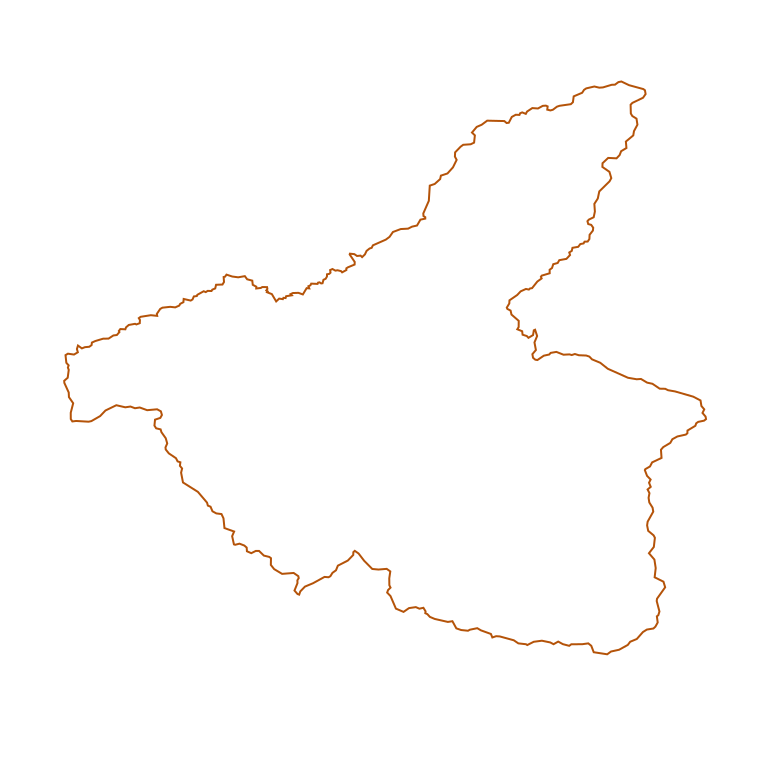 the district of Sipí, Chocó, Colombia, rotated 86°
{"feature_id": "7082276B50547805834837", "entity_name": "Sipí", "entity_type": "district", "adm_level": 2, "iso_a3": "COL", "parent_name": "Colombia", "parent_adm1": "Chocó", "projection": "equal_earth", "projection_center": [-76.598, 4.565], "detail": "fine", "context": "isolated", "style": "outline", "palette": "amber", "viewbox_px": 768, "rotation_deg": 86, "n_neighbors": 0, "source": "geoboundaries", "source_scale": "gbopen_adm2", "svg_char_len": 6147}
<svg xmlns="http://www.w3.org/2000/svg" viewBox="0 0 768 768"><g transform="rotate(86 384 384)"><path d="M588.2,483.3L585.1,482.0L580.6,477.0L577.8,468.7L572.3,456.8L572.9,452.8L572.0,450.9L568.8,448.6L566.5,444.9L562.0,442.7L557.6,432.4L552.4,426.6L549.6,426.3L548.4,424.8L551.3,421.2L559.0,416.1L567.7,408.6L568.7,402.5L568.6,394.2L571.4,390.8L578.2,392.3L585.1,392.7L587.6,391.7L589.8,394.3L592.3,395.4L596.0,392.3L608.9,387.8L612.7,380.4L609.3,374.7L608.8,367.8L610.6,364.4L610.0,360.3L613.7,358.4L615.5,358.8L616.6,356.8L619.5,354.5L621.9,349.8L625.8,336.9L625.4,332.3L632.8,328.9L634.8,324.2L636.0,317.4L635.1,315.5L634.1,308.0L636.5,304.5L640.8,294.8L644.4,293.6L643.4,289.7L643.9,286.1L648.7,272.4L652.1,268.1L653.5,260.5L654.4,259.3L651.6,252.6L651.1,244.4L653.4,236.2L655.4,233.0L653.1,228.2L656.0,223.7L658.1,217.5L656.7,215.3L657.4,204.4L657.0,198.3L659.6,195.5L666.2,193.5L669.2,180.2L666.7,176.2L665.5,168.0L661.3,159.0L658.3,156.4L656.0,149.6L649.5,143.0L647.3,138.9L646.7,132.3L645.0,130.2L641.0,127.6L634.8,128.0L633.8,126.5L630.2,125.1L619.5,127.1L617.2,126.6L606.4,117.7L600.7,119.0L595.7,127.5L586.6,125.8L578.0,126.5L571.3,131.5L565.4,126.2L556.3,124.5L553.8,125.6L548.9,130.7L543.4,131.4L539.7,130.6L530.1,124.3L526.1,124.7L520.7,127.6L516.0,128.0L511.4,126.8L507.6,128.4L505.2,125.1L501.0,126.5L497.9,124.7L494.0,128.0L488.1,129.8L487.2,129.3L484.8,124.4L480.9,122.0L477.1,112.3L468.9,112.3L466.4,109.8L462.7,102.5L459.2,100.2L456.8,95.0L455.5,86.4L454.3,84.8L451.6,84.5L447.4,76.3L445.0,75.3L443.7,73.2L442.9,67.3L441.5,65.2L438.9,65.5L435.1,68.3L431.6,66.3L428.1,68.9L422.5,69.4L418.2,76.4L411.7,94.2L410.0,101.1L408.4,103.8L407.9,109.3L402.5,116.2L401.0,121.4L396.9,127.3L396.9,131.6L394.8,140.2L384.4,159.7L377.9,166.8L373.9,174.8L371.0,177.2L369.7,180.3L368.9,187.6L367.4,191.5L368.2,194.7L367.4,196.9L367.3,202.9L364.0,209.8L364.6,215.6L366.1,217.1L366.9,222.6L370.8,229.3L370.3,231.4L368.2,233.5L364.6,233.9L360.7,230.1L353.0,231.0L346.8,227.9L340.4,229.5L340.9,230.8L345.6,231.9L348.0,236.7L346.1,238.2L344.5,242.3L341.0,242.5L338.7,247.2L336.6,245.7L330.4,245.2L323.6,252.0L319.6,252.6L317.7,255.7L316.4,256.2L312.4,253.4L309.3,253.0L304.5,244.9L301.1,241.2L299.1,235.8L299.9,232.9L298.9,231.7L298.7,229.6L292.5,223.9L289.7,219.4L288.0,220.0L286.9,219.1L285.1,211.0L281.6,210.8L280.0,208.3L276.3,206.8L275.4,202.3L272.7,200.5L271.9,193.3L268.3,189.4L265.7,190.0L264.3,187.4L261.3,186.5L260.7,180.7L258.1,178.4L257.7,175.1L256.0,174.0L256.1,170.9L253.7,169.0L249.5,168.5L245.5,164.9L242.7,164.4L239.7,166.2L238.7,169.1L235.8,169.7L234.3,168.2L232.3,163.2L226.7,161.6L219.0,161.6L213.9,157.8L206.9,155.8L197.6,144.9L194.5,142.9L188.1,144.3L182.7,151.0L179.0,150.6L174.1,144.6L175.1,136.3L172.1,133.0L168.3,131.2L165.5,125.7L159.0,125.8L153.4,118.0L149.2,117.0L143.0,113.1L136.9,113.6L134.0,117.6L131.4,118.9L122.6,118.5L120.9,116.6L116.5,105.6L113.0,102.8L109.2,103.2L107.9,104.7L103.0,118.7L98.8,126.1L99.2,129.1L101.5,132.7L101.4,136.0L103.4,144.9L103.4,148.6L101.9,153.4L103.2,161.6L104.5,163.9L107.3,166.0L110.3,174.7L116.1,175.9L117.9,178.1L118.7,189.4L119.4,192.1L122.2,196.4L122.7,198.9L121.7,202.0L118.5,201.4L117.6,203.1L117.6,206.2L119.9,211.2L119.1,216.8L122.2,222.3L124.4,223.7L122.7,227.2L123.4,229.3L125.0,230.1L124.6,233.8L126.5,237.9L132.1,241.3L132.2,243.5L130.1,245.6L128.5,262.7L132.2,268.5L134.0,273.6L139.3,278.7L142.3,276.0L149.5,277.3L150.9,280.8L150.9,288.3L152.6,291.0L157.9,296.9L162.1,297.4L165.5,295.9L172.7,300.1L178.4,306.0L180.1,312.7L183.5,313.7L188.0,319.5L189.3,324.5L204.4,326.5L216.6,332.9L219.2,332.9L220.5,331.2L221.9,331.3L222.6,336.2L228.2,340.0L229.0,345.1L230.7,349.1L230.6,356.5L233.0,364.5L237.6,368.2L240.1,372.1L244.9,385.4L247.3,386.8L247.8,388.9L250.0,392.1L253.4,394.0L255.9,397.0L254.3,398.4L254.4,402.0L252.4,404.5L251.6,408.9L252.4,409.2L260.2,404.7L262.8,405.0L265.1,411.9L266.0,413.5L267.7,413.6L269.7,418.0L268.4,419.0L267.3,422.4L267.5,424.6L265.7,427.4L266.6,429.8L269.2,429.6L270.3,430.9L270.6,433.2L272.8,433.4L275.0,434.9L275.8,437.1L279.2,438.3L279.3,439.7L278.1,441.2L278.3,442.7L279.5,443.3L278.8,449.6L280.4,450.5L281.2,452.6L283.4,451.9L283.0,454.5L289.0,458.7L287.1,463.0L286.9,468.6L287.8,470.9L289.1,469.8L289.6,475.5L291.4,476.2L291.0,478.3L292.3,479.0L291.5,482.6L294.1,485.8L286.5,489.6L284.3,494.3L283.5,493.6L282.5,494.9L281.0,493.7L279.2,493.9L278.8,498.7L279.6,500.2L279.8,504.8L278.0,504.6L275.9,508.0L271.7,508.2L270.0,513.2L266.7,515.3L267.4,522.0L266.2,527.9L263.9,533.5L265.8,535.0L266.1,536.5L271.1,536.5L273.5,538.2L273.3,544.6L276.9,545.7L277.9,548.7L279.2,549.6L278.8,553.4L279.9,555.4L278.9,557.4L282.0,564.0L283.2,564.6L283.4,567.6L286.3,569.1L287.3,571.0L285.2,577.9L288.4,578.4L289.8,581.7L291.5,582.8L293.0,586.9L292.1,591.9L292.4,599.7L293.5,602.0L298.2,605.7L300.2,605.5L299.1,611.8L300.0,622.1L301.2,624.0L303.1,623.0L306.3,623.4L307.3,626.9L306.6,628.1L307.3,634.5L309.5,637.4L311.4,638.2L310.8,643.2L312.6,644.8L313.7,644.3L316.5,647.1L316.7,650.6L319.5,655.6L319.2,661.0L321.0,669.0L322.3,672.5L324.8,673.0L326.3,675.4L326.4,679.8L327.4,682.9L324.3,686.6L327.7,687.9L331.0,687.2L333.0,691.2L331.7,697.2L333.0,699.7L340.7,699.4L343.4,697.3L345.6,698.2L347.9,697.5L355.7,699.1L358.5,702.8L360.6,702.8L370.5,699.1L375.1,699.2L381.5,695.4L390.8,698.5L397.1,698.9L399.6,697.5L399.4,693.7L401.0,681.3L400.6,678.5L396.2,669.4L391.0,663.7L386.5,652.5L389.2,643.7L388.8,638.5L390.8,634.1L390.4,629.3L393.6,622.1L393.4,612.1L395.7,608.5L399.4,607.7L402.2,609.5L403.6,614.9L409.5,615.9L412.3,614.4L413.7,610.0L416.5,609.4L422.9,605.5L428.2,604.4L432.0,606.4L434.1,606.3L438.2,603.5L443.5,596.7L446.8,595.3L447.9,592.6L451.4,593.3L454.2,591.3L458.3,592.6L468.2,591.4L478.6,577.2L490.0,568.8L493.0,568.2L494.3,565.6L499.0,564.0L501.4,560.3L502.4,555.2L506.8,553.5L516.6,553.2L520.7,543.8L525.2,546.1L533.5,544.9L534.0,543.7L533.2,539.3L535.4,534.6L537.6,532.4L541.3,532.4L543.5,528.2L541.6,523.6L541.8,520.3L546.8,515.8L548.5,510.5L549.9,508.9L556.6,509.5L561.0,506.5L566.3,498.9L566.2,487.3L569.7,482.9L571.7,482.6L573.8,484.1L576.6,484.2L583.8,487.7L587.5,484.9L588.2,483.3Z" fill="none" stroke="#b45309" stroke-width="2"/></g></svg>